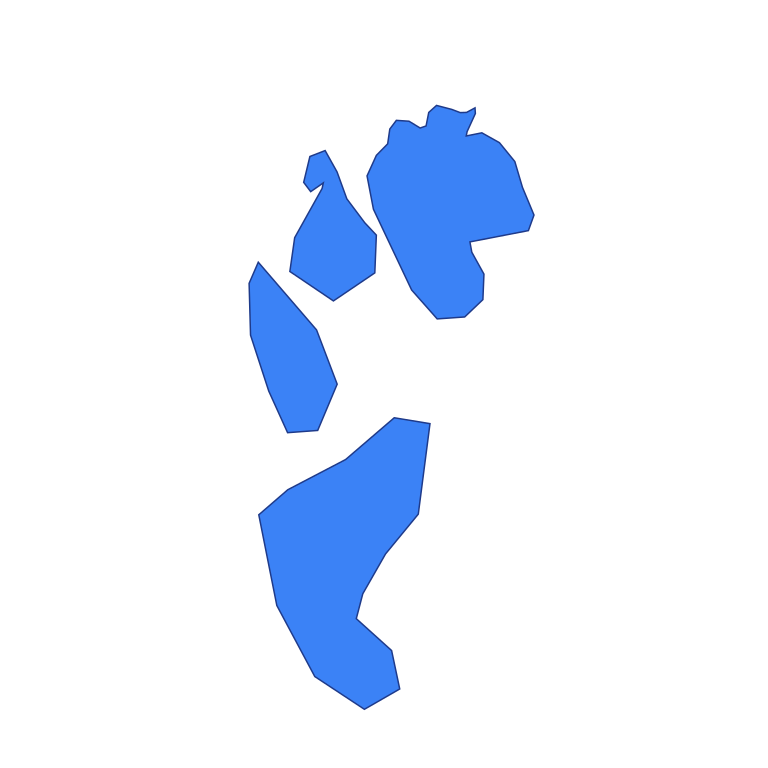 the state/province of Föglö, rotated 307°
{"feature_id": "ALD-4814", "entity_name": "Föglö", "entity_type": "state/province", "adm_level": 1, "iso_a3": "ALA", "parent_name": "Aland", "parent_adm1": "", "projection": "orthographic", "projection_center": [20.496, 60.014], "detail": "fine", "context": "isolated", "style": "filled", "palette": "blue", "viewbox_px": 768, "rotation_deg": 307, "n_neighbors": 0, "source": "natural_earth", "source_scale": "10m", "svg_char_len": 1026}
<svg xmlns="http://www.w3.org/2000/svg" viewBox="0 0 768 768"><g transform="rotate(307 384 384)"><path d="M108.7,504.8L142.6,431.7L204.2,362.7L241.7,370.8L300.6,398.8L363.2,412.5L380.0,444.6L300.7,489.7L249.2,487.5L203.7,493.3L179.9,503.1L175.7,550.5L149.9,580.1L112.4,564.1L108.7,504.8ZM646.6,281.5L650.6,286.5L659.3,290.5L655.0,294.2L635.5,298.5L631.6,300.4L643.5,311.0L646.2,331.0L640.4,354.6L624.4,376.2L609.2,402.1L593.4,407.0L549.2,367.1L542.1,374.8L531.9,397.7L510.9,412.2L486.1,408.1L468.0,387.3L475.7,349.5L517.2,270.4L540.0,245.2L562.0,240.3L578.0,242.4L591.1,235.2L602.0,235.2L608.9,245.8L610.2,258.8L615.4,262.3L627.8,256.3L638.1,258.3L644.1,272.9L646.6,281.5ZM342.7,248.0L383.2,215.7L405.6,210.3L386.6,297.6L355.7,346.7L307.0,359.0L287.1,336.3L309.0,296.2L342.7,248.0ZM501.2,271.6L498.3,288.3L467.2,309.8L419.9,293.6L417.2,241.1L447.1,224.6L502.9,216.9L508.1,214.5L493.5,209.7L496.7,198.5L521.1,187.9L535.0,196.5L525.1,218.9L509.5,242.9L501.2,271.6Z" fill="#3b82f6" stroke="#1e3a8a" stroke-width="1.5"/></g></svg>